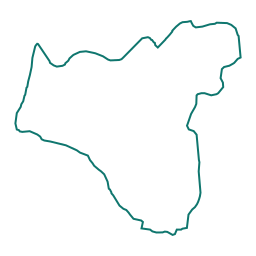 Santa Rosa de Lima, Santa Rosa, Guatemala (Albers equal-area conic projection)
{"feature_id": "79465075B80857552483649", "entity_name": "Santa Rosa de Lima", "entity_type": "district", "adm_level": 2, "iso_a3": "GTM", "parent_name": "Guatemala", "parent_adm1": "Santa Rosa", "projection": "albers", "projection_center": [-90.338, 14.435], "detail": "fine", "context": "isolated", "style": "outline", "palette": "teal", "viewbox_px": 256, "rotation_deg": 0, "n_neighbors": 0, "source": "geoboundaries", "source_scale": "gbopen_adm2", "svg_char_len": 1887}
<svg xmlns="http://www.w3.org/2000/svg" viewBox="0 0 256 256"><path d="M16.8,129.5L18.8,130.1L19.8,131.4L22.3,131.9L29.7,131.2L37.3,134.5L40.2,136.6L40.9,137.9L41.7,139.3L44.3,140.5L50.3,141.5L65.9,145.3L76.8,150.3L80.0,152.6L87.9,155.6L90.0,160.1L92.7,163.4L93.1,164.1L94.2,165.8L98.8,169.7L101.0,171.3L104.2,174.3L106.6,179.5L107.6,181.7L108.8,188.7L109.9,189.5L111.3,192.2L111.5,193.4L113.2,195.3L119.5,205.6L123.4,208.8L126.3,210.0L128.6,212.6L130.1,214.7L133.5,218.8L141.2,220.5L142.9,222.0L141.5,228.4L150.1,229.6L152.4,231.4L156.4,232.5L162.6,232.4L164.8,231.6L167.3,231.9L172.6,234.9L174.9,234.1L176.8,229.6L181.1,229.6L182.4,228.7L186.9,227.9L188.5,214.6L192.2,209.5L194.9,207.2L197.0,204.2L198.1,201.9L199.1,199.1L199.9,196.4L200.5,192.7L198.7,171.4L199.4,162.2L198.9,159.9L196.6,134.7L193.7,131.1L188.8,129.4L187.0,125.7L187.7,123.8L191.1,113.9L195.0,107.1L196.3,103.9L196.6,95.4L197.7,94.2L201.4,93.2L204.6,93.2L211.2,95.3L216.5,94.2L218.2,93.2L223.2,87.1L222.9,82.6L220.6,78.2L221.9,69.1L224.1,67.0L229.4,65.7L233.3,63.5L234.2,62.9L237.7,58.9L240.6,57.5L238.6,36.0L237.7,34.9L235.6,28.4L231.3,24.9L227.1,23.1L216.7,22.7L214.9,23.8L210.0,24.3L202.4,26.6L195.8,27.4L193.3,25.9L191.8,23.2L190.8,21.1L189.4,21.3L187.4,21.8L182.5,22.2L179.9,23.5L176.1,26.7L172.3,30.7L172.3,31.5L169.8,34.6L167.1,37.6L165.9,38.7L165.5,39.5L157.8,47.5L155.3,45.2L154.8,42.8L153.8,42.4L152.1,40.0L151.3,39.9L149.8,38.0L147.9,37.2L142.2,38.3L123.3,57.5L121.5,59.2L119.2,60.0L110.5,60.4L108.1,59.6L103.0,56.3L95.4,53.3L93.2,52.8L86.0,51.3L79.9,51.9L73.8,54.7L72.9,55.3L69.5,58.4L68.3,60.7L65.3,63.3L65.0,64.5L62.5,65.8L56.8,66.6L53.7,65.4L50.0,62.8L49.6,61.2L38.1,44.1L37.2,43.8L36.2,44.9L35.2,46.4L32.4,57.9L31.6,67.0L29.9,75.0L28.2,81.4L27.3,86.8L26.5,87.7L25.2,94.8L24.5,95.7L23.2,101.3L21.3,104.3L20.7,106.9L16.8,113.1L15.4,123.4L16.8,129.5Z" fill="none" stroke="#0f766e" stroke-width="2"/></svg>